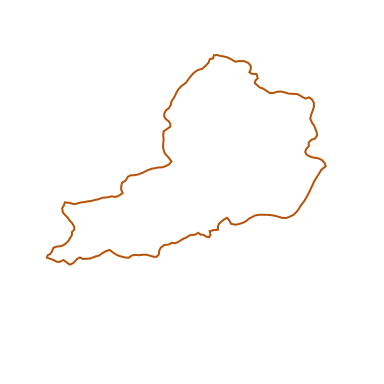 Alterosa, Minas Gerais, Brazil (Mercator projection), rotated 317°
{"feature_id": "56859067B56058973822386", "entity_name": "Alterosa", "entity_type": "district", "adm_level": 2, "iso_a3": "BRA", "parent_name": "Brazil", "parent_adm1": "Minas Gerais", "projection": "mercator", "projection_center": [-46.171, -21.233], "detail": "fine", "context": "isolated", "style": "outline", "palette": "amber", "viewbox_px": 384, "rotation_deg": 317, "n_neighbors": 0, "source": "geoboundaries", "source_scale": "gbopen_adm2", "svg_char_len": 3080}
<svg xmlns="http://www.w3.org/2000/svg" viewBox="0 0 384 384"><g transform="rotate(317 192 192)"><path d="M319.6,149.8L316.4,146.4L315.6,143.6L318.5,142.4L320.9,140.1L321.3,136.3L319.5,132.0L316.0,128.5L312.5,126.2L311.2,121.7L309.6,117.5L307.6,114.4L305.3,111.5L303.9,109.0L301.4,107.0L298.3,108.7L295.9,106.9L292.3,108.7L287.9,109.0L283.7,108.9L279.1,106.7L275.3,106.1L271.5,106.3L267.2,106.9L262.8,107.9L260.0,107.8L256.9,107.3L252.2,107.6L247.9,108.9L245.1,110.1L242.1,111.0L238.6,111.8L236.3,113.6L232.6,114.9L228.6,114.5L225.5,115.6L223.1,117.9L222.6,121.1L223.2,123.9L222.7,127.4L220.6,129.4L216.7,128.9L212.6,128.3L209.8,130.7L207.2,134.1L203.7,137.2L201.0,140.0L198.4,145.2L198.4,150.4L197.9,155.6L194.0,156.2L190.4,155.1L187.1,153.7L184.1,151.1L181.1,149.3L178.5,147.5L173.9,145.6L169.6,144.5L164.5,142.4L160.8,140.0L158.6,138.0L155.6,137.1L151.1,138.4L147.4,137.5L145.1,138.8L142.1,141.5L140.6,145.5L135.5,144.7L132.4,143.2L130.3,140.4L127.5,138.9L125.2,137.2L122.3,134.9L118.6,133.5L115.4,131.5L112.1,129.8L108.8,127.4L106.0,125.6L103.3,123.7L99.0,121.5L96.8,119.6L95.2,116.6L92.0,112.9L88.9,114.5L86.0,115.3L83.6,118.8L83.5,122.8L83.6,126.0L83.1,128.8L83.2,132.6L82.3,136.6L80.5,139.2L76.9,139.4L74.7,141.7L71.9,142.4L68.3,143.5L64.1,143.6L61.0,143.0L58.5,141.7L56.0,139.8L52.7,138.3L49.2,139.9L46.1,140.7L43.5,139.8L41.1,141.0L43.1,144.7L44.5,147.8L45.5,150.7L47.4,152.8L51.7,154.1L52.2,157.6L53.1,161.8L56.2,162.9L59.5,162.9L62.5,162.6L65.4,163.4L66.4,166.4L69.3,168.9L72.1,171.2L74.8,172.3L77.4,173.3L80.7,175.1L84.8,175.6L88.2,176.4L92.2,178.1L93.2,183.4L94.2,187.1L95.8,190.2L98.1,193.9L100.8,196.9L104.7,197.4L107.7,199.3L110.1,202.1L113.1,204.2L116.1,207.0L118.2,210.6L120.0,213.5L122.1,215.3L125.2,215.0L128.1,212.5L131.3,211.4L135.4,211.8L139.3,214.6L142.7,215.4L144.5,217.8L147.5,219.1L150.7,219.6L153.5,220.2L156.9,221.5L160.8,222.1L165.3,225.4L168.7,226.1L169.2,229.0L171.3,231.3L171.9,234.2L173.7,236.8L176.4,235.9L178.2,232.7L181.9,234.7L185.2,237.3L187.5,235.0L190.0,233.6L193.5,233.6L196.8,234.0L199.9,234.7L200.0,237.7L198.9,241.9L201.3,245.4L203.9,247.1L206.5,248.4L209.6,249.7L212.8,250.3L215.9,250.4L218.9,251.3L222.3,252.3L225.1,254.0L228.0,256.7L231.0,259.5L233.6,262.3L235.6,264.8L237.5,267.6L239.1,270.4L240.6,272.8L243.2,275.3L246.1,276.5L250.4,277.9L254.3,277.9L257.9,277.4L260.9,276.4L264.8,275.7L268.2,275.1L271.2,274.2L273.9,273.3L278.3,271.8L282.2,270.2L286.4,268.5L289.2,267.3L291.9,266.7L294.6,265.9L298.2,265.0L301.1,264.1L304.1,264.1L307.3,264.4L308.8,261.0L308.8,257.1L307.2,253.2L305.0,250.7L302.7,247.0L301.3,242.8L302.1,239.9L304.9,238.5L308.6,238.1L311.3,235.3L315.2,235.3L318.2,236.9L321.9,236.0L324.2,233.0L325.5,229.4L326.6,226.8L326.9,223.7L328.4,219.1L331.9,216.7L335.6,214.9L339.6,212.6L341.9,209.9L342.9,206.1L342.1,202.6L338.8,201.2L337.6,198.0L336.7,194.7L335.7,192.0L333.6,189.9L331.5,187.8L329.7,185.8L327.9,182.7L325.8,179.5L322.8,176.8L319.0,175.1L316.3,172.5L315.4,168.5L314.6,165.1L312.7,161.4L312.5,158.2L312.2,155.1L314.7,153.7L317.6,153.7L319.6,149.8Z" fill="none" stroke="#b45309" stroke-width="2"/></g></svg>